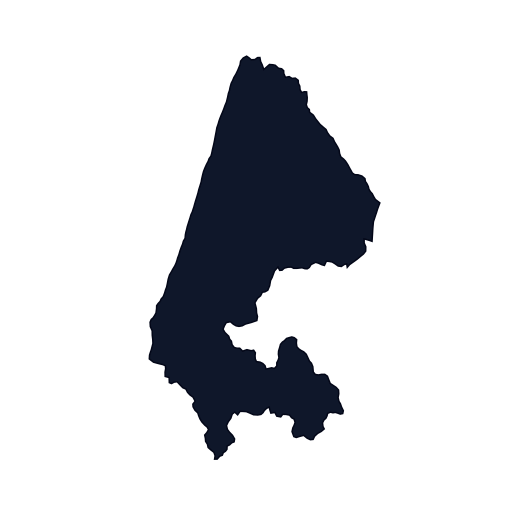 outline of Camaçari, Bahia, Brazil, rotated 161°
{"feature_id": "56859067B88239143593841", "entity_name": "Camaçari", "entity_type": "district", "adm_level": 2, "iso_a3": "BRA", "parent_name": "Brazil", "parent_adm1": "Bahia", "projection": "natural_earth1", "projection_center": [-38.197, -12.665], "detail": "fine", "context": "isolated", "style": "filled", "palette": "ink", "viewbox_px": 512, "rotation_deg": 161, "n_neighbors": 0, "source": "geoboundaries", "source_scale": "gbopen_adm2", "svg_char_len": 5043}
<svg xmlns="http://www.w3.org/2000/svg" viewBox="0 0 512 512"><g transform="rotate(161 256 256)"><path d="M390.4,193.4L389.1,191.4L387.5,189.0L384.9,187.2L382.2,185.4L379.5,183.7L377.4,181.8L378.1,178.9L379.8,175.8L381.1,171.7L377.7,169.4L379.2,164.5L377.4,162.9L374.5,163.4L371.5,162.8L370.1,159.6L368.1,155.3L365.6,153.0L365.1,149.4L363.7,146.2L361.5,143.1L360.8,138.5L363.9,136.5L364.6,133.9L363.9,130.0L362.1,126.6L362.2,123.7L362.0,120.2L361.2,116.7L359.5,112.8L357.9,110.2L357.4,107.3L360.0,105.0L362.8,103.4L363.2,100.2L364.0,97.1L363.2,93.9L363.6,90.5L361.9,87.5L359.7,84.1L359.7,80.4L361.3,77.4L358.8,76.6L355.5,78.5L352.7,78.6L351.0,80.7L348.5,81.3L346.4,82.7L345.2,85.7L342.5,86.0L339.7,87.3L337.2,87.4L335.8,90.0L336.6,94.1L338.5,98.1L339.5,101.3L339.1,105.3L336.2,108.3L332.7,110.7L329.9,114.3L326.9,115.3L325.1,111.8L321.7,114.3L318.9,113.3L315.8,112.0L313.3,109.8L310.0,106.7L306.1,105.1L302.9,104.6L300.4,105.6L298.4,107.2L295.6,108.5L292.7,108.9L293.0,106.0L293.1,102.6L289.1,101.9L288.5,97.8L285.0,95.8L282.3,97.6L279.3,96.5L276.0,94.6L275.0,91.5L273.1,89.4L273.2,85.9L275.2,83.4L277.2,81.4L279.1,78.2L279.0,72.9L277.0,71.3L273.4,71.2L269.3,70.9L266.9,67.0L264.4,64.6L261.7,64.0L259.3,66.5L255.4,68.2L251.4,68.9L247.8,70.3L248.2,73.0L247.4,76.6L245.2,78.8L242.8,79.8L240.9,81.7L239.5,83.9L236.4,84.1L234.3,82.7L231.9,82.3L229.8,80.8L227.8,79.1L225.3,78.8L223.8,81.3L224.3,85.4L224.3,88.9L224.9,91.5L224.5,95.4L222.6,98.8L221.6,102.4L223.0,105.7L225.3,108.7L227.3,111.3L227.5,115.0L227.6,119.1L229.5,121.7L232.7,122.8L235.7,123.2L238.5,124.7L239.6,127.7L238.3,132.9L238.5,136.6L239.7,139.2L240.1,143.2L240.5,146.8L242.1,149.9L244.3,152.2L245.8,154.3L246.9,156.9L246.2,160.5L244.8,163.7L246.4,166.3L248.5,167.8L251.2,168.0L253.9,168.1L256.9,166.6L259.1,166.0L261.6,164.5L263.2,162.1L265.6,158.8L266.8,155.9L267.4,152.4L269.1,150.2L271.1,148.3L272.1,145.3L275.2,143.7L277.6,145.2L280.5,145.5L283.3,145.8L283.2,149.4L284.6,152.2L286.8,154.4L290.0,156.0L290.2,158.8L289.4,161.9L288.1,164.7L288.9,167.7L291.4,168.0L295.1,170.4L299.6,170.4L301.4,174.1L304.0,175.0L306.3,176.5L307.5,179.9L307.0,183.5L308.0,185.9L307.9,189.0L309.1,191.4L310.3,193.8L311.0,197.5L308.6,200.3L305.8,202.7L301.6,202.2L299.6,198.8L297.5,196.4L295.0,195.0L291.8,194.5L288.1,195.1L282.2,194.7L276.2,194.7L274.3,198.3L274.0,201.9L272.8,206.1L272.5,209.3L272.3,212.1L268.3,215.5L264.6,216.9L261.8,219.7L259.3,219.2L256.0,219.8L252.8,223.4L250.2,228.1L247.7,230.5L246.0,232.6L243.3,235.9L238.8,238.4L238.3,234.7L236.0,234.1L233.2,235.3L229.4,235.0L226.2,234.0L224.4,232.1L221.6,231.1L219.4,230.6L216.3,229.9L213.8,228.0L211.6,227.2L209.4,227.8L206.7,230.0L201.7,230.6L199.4,229.0L196.6,226.3L194.4,224.8L191.1,228.2L188.3,226.9L185.9,225.5L183.7,222.8L181.6,219.8L178.7,218.3L175.5,219.2L172.8,219.1L173.4,215.6L170.3,217.4L167.6,218.2L164.2,219.2L161.3,220.1L157.4,221.6L153.8,222.9L150.7,224.9L149.2,229.0L149.5,233.1L148.2,237.0L143.9,234.0L141.5,232.1L138.6,239.1L136.5,244.2L134.9,247.8L133.8,250.2L131.8,252.8L130.0,255.2L127.9,257.9L126.1,260.4L124.5,262.4L121.6,265.9L124.7,270.6L125.4,273.9L125.8,277.0L126.9,279.6L127.5,282.4L127.2,285.1L127.6,288.4L128.3,290.9L127.8,293.7L129.8,297.1L133.0,299.5L136.2,300.8L137.9,303.1L138.3,305.6L138.8,308.2L139.4,312.2L140.5,316.6L141.6,319.1L143.5,322.1L143.6,325.7L142.9,329.1L143.3,332.5L143.9,335.4L144.6,338.4L144.9,342.2L147.2,345.6L148.3,349.5L148.6,352.8L150.4,355.8L152.6,359.6L153.6,362.5L154.9,366.1L155.9,370.5L158.5,374.4L157.9,377.2L159.2,379.5L159.2,382.7L157.4,385.6L156.0,389.1L155.4,392.0L154.7,394.7L156.8,395.6L159.6,395.7L160.2,398.9L159.3,402.4L159.7,405.4L158.9,408.4L160.9,411.4L164.1,412.2L166.2,414.8L170.0,415.4L170.3,419.6L169.5,422.2L170.8,424.7L173.6,426.2L175.7,430.1L177.9,431.4L180.9,432.7L184.3,431.3L187.9,429.8L187.9,434.7L188.3,438.3L187.7,442.4L190.0,443.1L193.0,442.1L196.6,443.1L198.1,445.7L199.8,448.0L203.6,447.4L207.1,445.3L208.8,442.1L210.7,439.9L212.8,437.5L215.8,434.5L218.8,432.0L221.1,429.4L223.2,427.4L225.6,423.9L227.3,421.0L229.1,418.8L231.1,415.4L233.8,411.2L236.4,408.3L238.7,405.4L241.2,402.5L243.4,400.1L245.1,398.1L246.8,396.0L248.9,393.0L251.2,390.1L253.2,386.5L255.6,382.3L257.7,378.6L259.7,375.2L262.5,370.8L264.5,367.4L266.1,365.1L268.7,363.3L270.4,361.1L273.0,358.7L275.9,355.6L278.1,353.0L280.1,350.0L282.4,346.3L283.7,343.9L285.8,341.0L288.4,337.5L290.3,334.5L292.8,331.0L295.1,327.9L297.2,324.9L298.9,322.4L300.3,320.6L302.0,318.3L303.9,316.4L305.9,313.6L309.1,309.3L311.6,305.9L313.0,303.6L314.4,301.6L315.8,299.2L317.3,295.8L319.8,293.7L321.5,291.2L323.8,288.6L326.2,285.6L328.5,282.3L330.7,279.7L332.2,277.5L333.9,275.3L336.0,273.1L339.0,270.6L340.8,268.9L343.9,266.3L346.6,262.6L348.7,258.9L350.7,255.6L352.5,253.5L354.4,250.8L356.9,247.8L359.7,246.2L361.4,244.3L363.9,243.0L366.1,241.4L367.2,238.5L369.1,234.7L371.3,232.7L373.5,231.0L375.7,230.1L377.7,227.9L378.9,223.6L378.5,219.1L379.9,214.8L380.8,210.7L381.9,206.9L383.7,204.2L385.6,201.3L387.2,199.3L388.9,197.0L390.4,193.4Z" fill="#0f172a" stroke="#020617" stroke-width="1.5"/></g></svg>